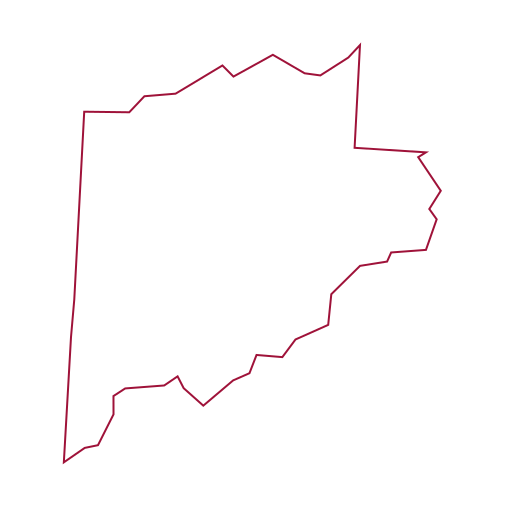 Red River, Louisiana, United States of America, rotated 273°
{"feature_id": "52423323B2790682775413", "entity_name": "Red River", "entity_type": "district", "adm_level": 2, "iso_a3": "USA", "parent_name": "United States of America", "parent_adm1": "Louisiana", "projection": "albers", "projection_center": [-93.371, 32.062], "detail": "fine", "context": "isolated", "style": "outline", "palette": "rose", "viewbox_px": 512, "rotation_deg": 273, "n_neighbors": 0, "source": "geoboundaries", "source_scale": "gbopen_adm2", "svg_char_len": 647}
<svg xmlns="http://www.w3.org/2000/svg" viewBox="0 0 512 512"><g transform="rotate(273 256 256)"><path d="M39.9,74.9L55.4,95.0L58.8,108.1L90.4,122.0L108.7,121.0L116.9,132.3L121.9,171.1L131.7,184.0L120.2,190.7L103.8,211.2L130.6,239.7L138.6,255.6L157.2,261.7L156.4,287.6L174.7,299.8L191.0,331.7L221.8,333.2L251.6,360.4L257.3,387.2L266.6,390.8L271.0,425.4L302.1,434.5L312.0,426.6L330.8,437.1L363.2,412.8L368.4,420.3L369.2,348.8L472.1,348.8L459.0,337.8L439.7,310.8L441.0,295.0L457.8,262.3L434.0,224.1L444.5,212.5L413.9,167.2L409.7,136.2L392.9,121.9L391.1,76.9L203.0,76.8L165.3,75.5L39.9,74.9Z" fill="none" stroke="#9f1239" stroke-width="2"/></g></svg>